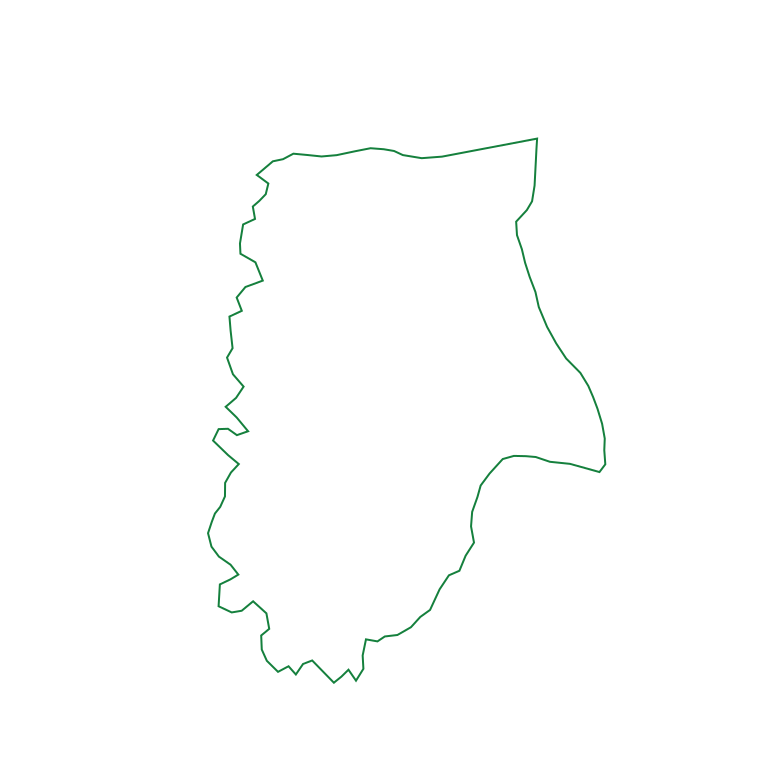 Prado Ferreira, Paraná, Brazil (Equal Earth projection), rotated 152°
{"feature_id": "56859067B46889814534801", "entity_name": "Prado Ferreira", "entity_type": "district", "adm_level": 2, "iso_a3": "BRA", "parent_name": "Brazil", "parent_adm1": "Paraná", "projection": "equal_earth", "projection_center": [-51.389, -23.027], "detail": "fine", "context": "isolated", "style": "outline", "palette": "green", "viewbox_px": 768, "rotation_deg": 152, "n_neighbors": 0, "source": "geoboundaries", "source_scale": "gbopen_adm2", "svg_char_len": 1666}
<svg xmlns="http://www.w3.org/2000/svg" viewBox="0 0 768 768"><g transform="rotate(152 384 384)"><path d="M548.0,135.2L535.9,142.2L530.3,154.3L519.8,167.0L510.6,159.8L501.8,160.7L490.0,156.1L474.4,156.6L461.3,161.3L449.4,162.9L431.3,176.6L416.5,184.6L405.1,183.7L392.5,194.1L379.0,201.7L374.0,217.4L366.2,229.7L354.5,240.4L346.3,249.0L332.8,255.4L314.4,262.0L303.0,259.5L292.5,253.6L284.3,248.3L274.0,237.4L257.3,226.2L235.1,205.1L226.3,209.2L220.6,222.1L214.7,232.2L210.1,246.5L207.1,262.0L205.5,274.3L204.5,286.4L205.4,301.6L211.2,321.0L212.9,339.0L213.2,357.9L211.2,379.3L207.1,394.1L205.1,410.2L202.5,424.8L199.0,438.2L196.7,453.0L191.1,465.3L176.2,470.5L167.5,475.8L157.9,488.5L145.3,509.5L138.9,520.2L133.6,528.8L226.0,557.5L244.7,565.7L259.9,577.3L265.7,585.0L274.0,591.4L285.2,598.5L300.0,603.0L318.4,608.3L332.3,614.2L344.5,622.4L355.9,629.9L367.6,629.9L377.6,632.8L398.2,628.3L392.0,615.3L399.3,607.1L408.2,604.2L416.5,602.3L420.4,590.3L433.5,591.0L445.2,575.7L449.6,566.4L440.4,551.8L442.5,532.2L460.8,534.7L473.5,529.5L475.2,515.4L488.8,516.1L494.4,503.1L500.9,486.7L510.2,481.0L512.8,463.5L509.2,447.6L521.1,441.2L534.5,438.2L529.8,423.6L526.2,406.1L537.9,407.9L542.8,417.7L551.2,421.8L561.5,414.3L555.1,394.5L549.8,381.5L560.7,377.7L570.7,371.3L577.2,359.4L586.3,352.4L594.1,349.0L600.8,343.1L609.4,334.9L612.7,321.4L610.8,309.1L604.3,296.4L602.1,284.1L611.3,283.6L623.0,284.1L634.4,265.4L625.7,253.8L616.1,250.6L601.6,253.6L595.5,236.7L600.3,221.7L610.5,219.6L616.6,206.9L617.4,194.6L612.7,179.6L600.8,179.6L598.2,168.9L586.9,174.8L577.2,173.6L568.5,143.8L559.0,145.6L549.5,148.4L548.0,135.2Z" fill="none" stroke="#15803d" stroke-width="2"/></g></svg>